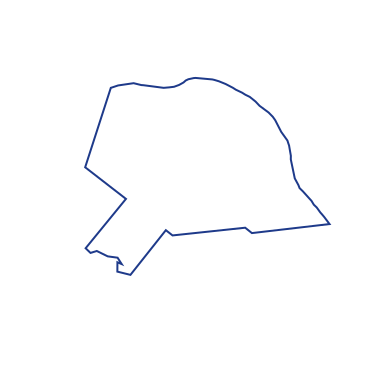 the district of Monroe, Illinois, United States of America, rotated 128°
{"feature_id": "52423323B604862894411", "entity_name": "Monroe", "entity_type": "district", "adm_level": 2, "iso_a3": "USA", "parent_name": "United States of America", "parent_adm1": "Illinois", "projection": "mercator", "projection_center": [-90.238, 38.304], "detail": "fine", "context": "isolated", "style": "outline", "palette": "blue", "viewbox_px": 384, "rotation_deg": 128, "n_neighbors": 0, "source": "geoboundaries", "source_scale": "gbopen_adm2", "svg_char_len": 927}
<svg xmlns="http://www.w3.org/2000/svg" viewBox="0 0 384 384"><g transform="rotate(128 192 192)"><path d="M96.9,142.7L95.8,143.9L95.6,144.1L94.4,146.0L92.7,148.5L89.7,158.7L84.2,170.6L83.0,174.6L82.2,180.6L82.5,191.8L81.6,197.7L81.5,205.1L82.5,209.8L82.9,213.7L84.4,220.5L84.7,223.9L86.2,232.0L88.2,239.0L89.8,243.1L90.1,243.8L90.8,245.3L99.9,259.4L101.2,260.8L105.4,264.3L108.0,265.6L110.9,266.1L115.6,268.1L120.1,270.9L123.6,274.4L127.4,278.5L137.8,296.1L138.9,297.7L142.2,305.0L153.5,315.8L158.9,319.4L159.9,320.1L238.3,291.4L238.1,239.8L301.8,241.2L302.5,234.5L297.1,230.7L294.6,218.8L289.6,210.2L292.1,203.0L293.3,207.5L300.7,201.8L295.2,189.5L238.2,189.1L238.2,180.6L187.4,128.1L187.5,119.5L132.6,63.9L130.3,72.4L129.7,75.2L129.1,78.4L127.4,84.2L127.0,88.2L125.4,92.4L124.8,96.0L123.2,105.1L122.7,109.6L121.0,112.5L118.0,119.4L105.5,134.2L102.6,136.4L96.9,142.7Z" fill="none" stroke="#1e3a8a" stroke-width="2"/></g></svg>